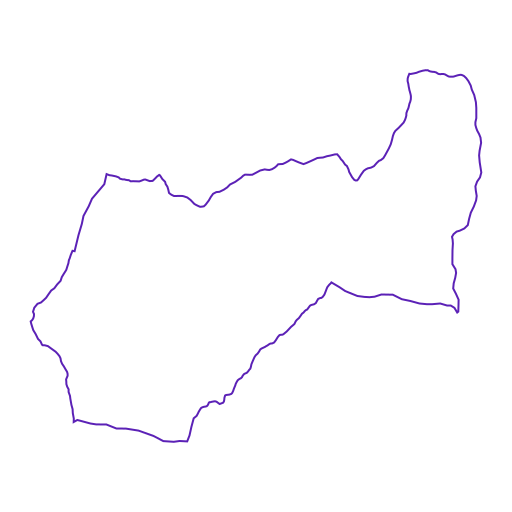 Jaray, Lhuntshi, Bhutan
{"feature_id": "84629894B50145764455889", "entity_name": "Jaray", "entity_type": "district", "adm_level": 2, "iso_a3": "BTN", "parent_name": "Bhutan", "parent_adm1": "Lhuntshi", "projection": "equal_earth", "projection_center": [91.09, 27.454], "detail": "fine", "context": "isolated", "style": "outline", "palette": "violet", "viewbox_px": 512, "rotation_deg": 0, "n_neighbors": 0, "source": "geoboundaries", "source_scale": "gbopen_adm2", "svg_char_len": 5477}
<svg xmlns="http://www.w3.org/2000/svg" viewBox="0 0 512 512"><path d="M464.1,76.1L462.6,75.3L461.5,74.9L460.3,74.8L459.1,75.0L457.7,75.3L456.7,75.6L455.1,76.1L453.9,76.5L452.7,76.7L451.4,76.7L450.6,76.7L449.3,76.6L448.5,76.4L447.4,75.8L445.0,74.4L443.4,74.0L442.5,74.0L441.4,74.0L440.5,74.2L438.8,74.0L437.7,73.5L436.3,72.5L435.3,72.2L434.2,71.9L432.4,71.8L430.2,71.4L428.7,70.8L427.8,70.2L426.9,70.3L425.7,70.2L422.7,70.7L418.9,71.8L416.5,72.8L413.8,73.4L410.6,74.0L409.3,73.8L408.5,75.9L408.1,76.9L407.7,78.4L407.6,80.2L407.6,81.1L407.9,82.3L408.3,83.8L408.5,85.2L408.8,87.1L409.1,88.4L409.4,90.1L409.8,91.4L410.3,93.3L410.6,94.5L410.9,96.1L410.9,97.6L410.8,99.4L410.5,100.6L410.2,101.8L409.7,103.0L409.4,103.8L409.2,104.7L408.8,106.5L408.5,107.7L408.2,108.6L407.6,109.9L407.2,110.7L406.9,111.7L406.5,112.7L406.3,114.2L406.4,115.1L406.0,116.9L405.5,118.5L404.9,120.1L403.6,122.6L398.6,127.9L395.4,130.8L394.0,133.0L392.9,136.0L392.1,139.5L391.5,141.7L390.7,144.4L388.8,148.5L385.1,155.3L383.3,158.2L380.8,160.1L379.0,160.8L376.9,162.8L375.4,164.5L374.0,166.1L372.3,167.0L370.8,167.7L367.9,168.3L365.9,169.3L363.8,170.8L361.0,174.7L358.1,179.4L357.1,180.4L355.7,180.5L354.3,179.9L352.1,177.2L349.2,172.0L348.5,169.4L346.9,166.0L345.1,164.6L342.7,161.0L340.9,159.2L339.6,157.1L337.2,154.3L334.9,154.4L330.1,155.6L327.0,156.2L323.0,157.5L320.3,157.7L317.3,158.0L314.2,159.5L310.7,161.1L306.2,163.1L303.5,164.1L302.1,163.6L298.6,162.3L296.0,161.2L293.1,159.9L291.0,159.4L287.9,161.4L285.5,162.7L282.7,164.0L280.4,164.1L278.1,164.3L276.6,166.0L274.7,167.6L272.0,169.2L269.3,170.0L267.1,169.8L264.7,169.4L260.2,170.5L256.1,172.7L252.3,174.7L249.6,174.8L247.2,174.7L244.9,174.7L243.2,175.7L241.1,177.7L235.2,181.9L230.0,184.5L227.2,187.4L223.8,189.7L219.5,191.8L216.3,192.1L213.1,193.8L210.8,197.0L208.8,200.5L205.6,204.7L203.9,206.3L202.3,206.6L200.1,206.8L198.5,206.1L196.2,205.0L194.3,203.9L190.6,200.0L187.3,197.5L183.8,196.3L182.5,196.0L179.8,195.9L175.7,196.0L174.0,196.0L171.5,194.8L170.2,193.9L169.0,192.9L168.3,189.7L167.4,186.7L165.7,184.1L165.1,181.8L163.7,180.4L162.3,179.0L161.1,177.1L160.0,175.4L159.2,174.9L158.4,175.5L157.0,176.5L155.9,177.7L153.8,179.8L152.6,180.9L149.7,181.1L145.3,179.5L144.0,179.6L141.3,180.7L139.3,181.4L136.6,181.3L133.2,181.2L130.7,181.3L128.7,180.1L127.6,180.1L125.7,179.8L124.5,179.4L122.6,179.4L120.0,178.7L118.7,177.4L116.0,176.4L111.8,175.5L109.4,175.2L106.6,174.1L104.3,184.2L92.0,198.7L88.7,206.3L83.5,215.9L81.8,224.0L78.5,235.1L74.6,251.2L72.5,250.8L70.8,254.9L69.6,258.6L68.9,260.1L68.4,263.2L67.1,267.2L66.3,269.8L65.4,271.3L63.8,273.8L61.8,277.1L60.6,280.8L57.2,284.4L54.3,288.3L51.2,290.5L48.7,294.0L46.1,297.8L43.7,300.1L41.0,302.5L37.5,303.8L34.3,307.7L33.0,311.8L34.0,314.0L33.9,316.2L33.2,318.5L32.0,320.3L30.7,321.4L31.2,323.6L32.5,327.8L33.3,330.2L35.5,333.8L36.5,335.8L38.0,338.9L40.5,341.4L41.8,344.3L42.5,345.2L44.8,345.3L47.9,346.1L51.3,348.6L55.6,351.7L57.6,353.8L59.5,356.2L60.5,358.3L61.0,361.2L62.1,363.8L63.8,366.3L65.3,368.9L67.1,371.9L67.6,373.9L67.6,375.8L66.8,377.7L66.1,379.4L66.3,381.6L66.4,384.2L67.2,386.7L68.6,389.3L68.6,392.0L70.0,395.9L70.3,398.5L70.9,401.9L71.4,404.8L72.6,409.2L72.8,413.1L73.8,418.6L73.7,422.0L77.3,420.0L80.8,420.9L90.4,423.5L96.2,424.4L106.4,424.5L116.4,428.5L125.9,428.6L138.5,430.6L153.6,436.0L163.3,441.1L173.8,441.8L179.6,441.0L187.2,441.4L189.5,435.5L191.4,426.9L193.7,418.3L196.6,415.9L197.8,413.7L198.8,411.6L200.4,409.0L201.1,408.0L202.3,407.3L203.9,406.8L205.8,406.5L206.7,406.2L207.5,405.5L208.2,404.3L208.8,402.8L209.4,402.2L210.4,402.2L211.8,401.8L213.4,401.5L214.4,401.3L215.7,401.4L216.8,401.9L218.1,402.9L219.6,404.0L221.3,403.4L223.1,402.7L223.9,401.5L224.3,399.5L224.4,397.9L225.1,395.5L226.1,395.0L229.4,394.6L231.3,393.9L232.1,393.1L233.1,391.1L233.8,389.0L234.4,387.5L235.3,385.4L235.6,384.2L236.5,382.3L237.7,380.3L238.8,379.4L239.9,378.7L240.8,378.3L241.9,377.3L242.6,375.9L243.9,374.2L245.1,373.5L246.7,372.9L248.1,371.4L249.3,369.7L250.3,368.7L250.9,366.8L251.4,364.3L252.6,361.4L254.4,357.3L255.7,355.3L257.6,353.6L259.1,351.5L260.2,349.5L261.4,348.6L265.0,346.9L266.4,346.0L267.4,345.5L269.2,344.2L270.3,343.6L272.3,343.4L274.1,342.5L275.7,340.4L277.9,336.9L279.5,335.1L280.6,334.8L282.3,334.7L283.3,334.3L286.7,331.5L291.1,326.8L292.8,325.4L294.4,324.0L295.7,321.3L296.8,319.9L298.9,318.1L300.5,315.9L302.0,313.7L303.6,312.5L304.7,311.1L305.9,310.1L307.2,309.5L308.8,307.3L310.0,305.7L311.2,305.0L314.0,304.3L315.8,303.1L317.1,300.7L318.2,298.9L320.3,298.0L321.4,297.9L322.7,296.9L324.4,294.6L325.7,291.3L326.6,288.9L327.3,287.2L328.0,286.3L329.1,284.9L330.0,284.0L330.7,283.4L331.4,282.4L339.5,287.2L345.3,291.1L357.4,296.0L364.4,296.9L369.5,297.2L374.6,296.7L381.4,294.5L392.8,294.7L401.8,299.2L410.4,301.0L419.5,303.5L426.9,304.2L432.1,304.2L440.2,303.5L447.0,305.5L450.7,305.5L454.4,307.8L457.2,312.5L458.3,311.6L458.5,305.2L458.6,299.7L455.9,293.7L453.2,288.5L453.7,283.3L455.2,277.9L456.1,272.9L455.5,269.2L452.4,264.2L452.4,259.0L452.5,250.1L452.9,243.5L452.6,239.5L452.0,236.8L453.6,234.1L456.6,231.6L459.7,230.7L464.3,228.5L467.8,225.1L469.1,218.9L470.8,212.7L473.8,206.6L476.1,200.4L476.7,196.0L475.8,190.5L475.4,186.3L477.1,181.6L480.0,177.4L481.3,172.5L479.7,162.3L479.1,155.4L479.6,150.7L481.1,142.8L480.5,137.6L479.1,134.1L477.2,130.6L476.2,127.9L475.4,124.9L475.4,122.2L476.3,118.2L476.3,112.3L476.3,107.9L475.9,102.2L474.2,95.0L471.8,89.6L470.7,85.5L468.4,81.1L466.2,78.1L464.1,76.1Z" fill="none" stroke="#5b21b6" stroke-width="2"/></svg>